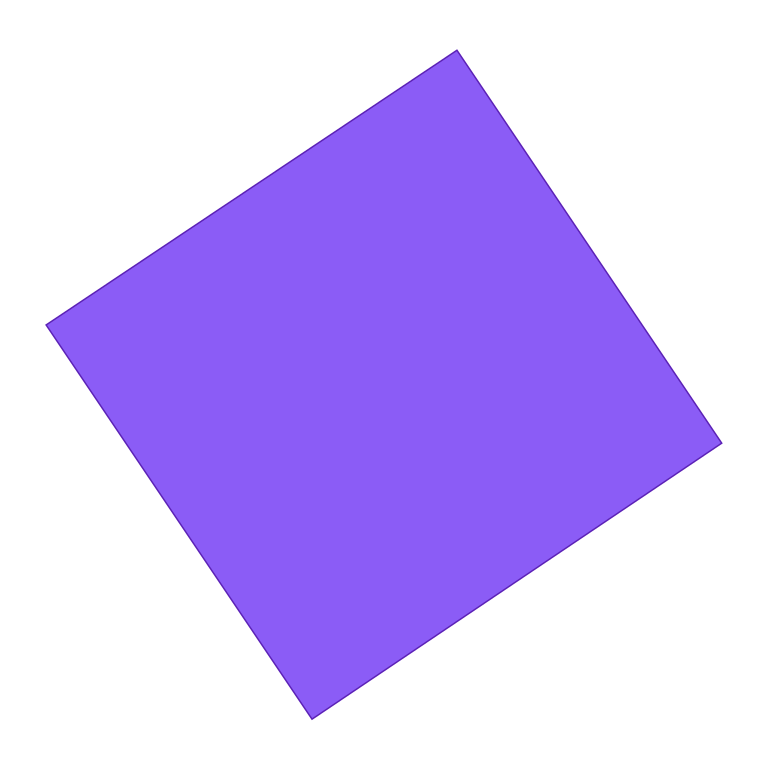 outline of Buena Vista, Iowa, United States of America, rotated 146°
{"feature_id": "52423323B32669676915102", "entity_name": "Buena Vista", "entity_type": "district", "adm_level": 2, "iso_a3": "USA", "parent_name": "United States of America", "parent_adm1": "Iowa", "projection": "equal_earth", "projection_center": [-95.199, 42.735], "detail": "fine", "context": "isolated", "style": "filled", "palette": "violet", "viewbox_px": 768, "rotation_deg": 146, "n_neighbors": 0, "source": "geoboundaries", "source_scale": "gbopen_adm2", "svg_char_len": 231}
<svg xmlns="http://www.w3.org/2000/svg" viewBox="0 0 768 768"><g transform="rotate(146 384 384)"><path d="M137.1,146.1L136.9,619.9L631.1,621.9L631.1,146.4L137.1,146.1Z" fill="#8b5cf6" stroke="#5b21b6" stroke-width="1.5"/></g></svg>